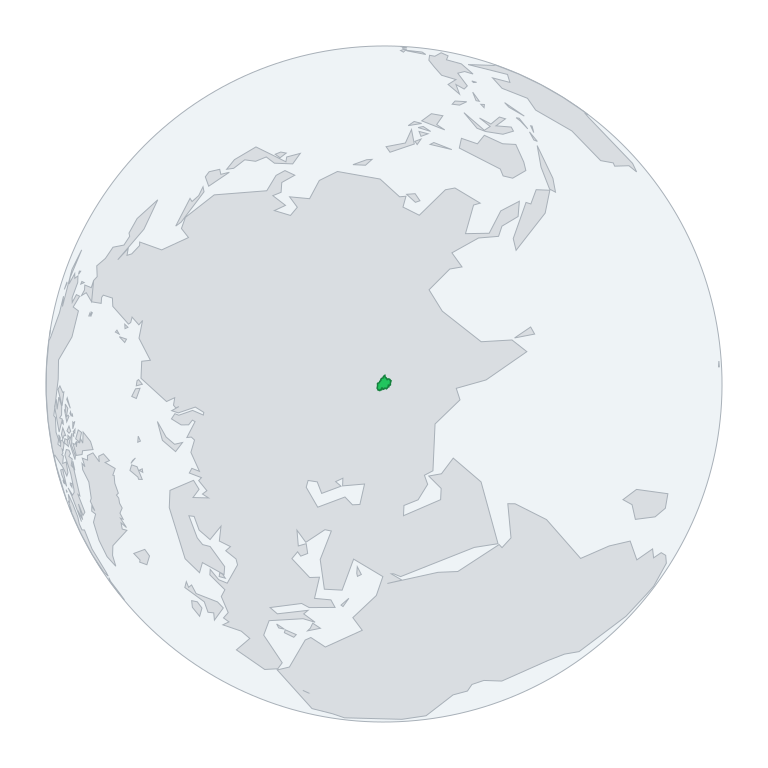 Jammu and Kashmir on an orthographic globe, rotated 263°
{"feature_id": "IND-2431", "entity_name": "Jammu and Kashmir", "entity_type": "Union Territory", "adm_level": 1, "iso_a3": "IND", "parent_name": "India", "parent_adm1": "", "projection": "orthographic", "projection_center": [75.016, 33.537], "detail": "fine", "context": "on_globe", "style": "filled", "palette": "green", "viewbox_px": 768, "rotation_deg": 263, "n_neighbors": 0, "source": "natural_earth", "source_scale": "10m", "svg_char_len": 13123}
<svg xmlns="http://www.w3.org/2000/svg" viewBox="0 0 768 768"><g transform="rotate(263 384 384)"><circle cx="384" cy="384" r="338" fill="#eef3f6" stroke="#a8b0b8"/><path d="M467.9,56.7L470.8,58.7L494.3,70.6L510.2,76.6L500.1,74.3L535.8,88.3L554.0,100.3L528.2,85.6L521.6,83.5L531.3,90.5L526.6,90.0L528.6,93.4L522.1,92.4L507.5,84.9L503.0,84.5L510.2,89.6L508.2,92.6L498.3,84.9L493.8,89.6L468.7,80.0L447.6,63.9L428.4,61.2L392.8,52.4L390.8,53.8L376.1,52.6L368.3,54.2L363.9,53.0L361.5,55.4L367.0,56.3L367.7,57.9L363.6,59.1L357.3,57.5L358.5,56.6L354.5,56.9L353.1,55.6L351.5,57.0L344.3,55.4L345.3,59.0L334.5,59.5L331.4,58.0L339.8,55.4L353.4,48.7L352.8,47.9L343.7,48.6L309.4,54.4L307.6,54.8L334.1,49.8L360.9,46.9L387.9,46.1L414.8,47.5L441.5,51.0L467.9,56.7ZM296.9,57.5L300.9,56.5L295.2,58.5L306.0,56.5L305.2,57.4L313.0,57.2L303.1,60.4L289.3,63.9L282.3,64.5L276.0,66.4L275.6,68.9L255.8,74.1L231.0,85.3L226.8,86.9L231.3,83.0L249.2,74.2L249.7,73.9L273.0,64.8L296.9,57.5ZM242.6,77.1L242.4,77.2L242.1,77.3L242.6,77.1ZM478.0,59.4L478.4,59.6L473.2,58.1L474.0,58.3L478.0,59.4ZM522.6,81.6L516.8,78.2L524.0,81.8L522.6,81.6ZM530.0,94.1L533.2,95.4L532.9,96.7L530.0,94.1ZM317.9,55.6L315.5,56.4L315.3,56.0L317.9,55.6ZM323.6,55.0L325.1,54.0L328.0,53.7L327.0,54.3L323.6,55.0ZM522.6,96.6L521.2,98.8L520.1,95.2L522.6,96.6ZM321.1,56.5L333.0,53.1L338.1,52.6L338.6,54.7L321.1,56.5ZM518.7,99.1L515.3,105.2L522.1,108.4L501.2,103.8L510.9,99.6L508.6,94.5L513.8,98.2L518.7,99.1ZM370.5,56.1L364.5,55.2L373.3,54.9L370.5,56.1ZM375.9,55.7L401.9,54.3L408.8,56.9L398.7,56.5L410.6,59.6L401.2,61.4L392.5,60.2L389.9,58.0L388.3,60.5L375.9,55.7ZM490.2,100.7L487.2,101.4L487.5,99.3L490.2,100.7ZM368.7,58.5L373.3,57.7L379.6,59.8L371.5,61.8L372.1,60.4L368.7,58.5ZM418.4,59.8L421.6,62.1L414.8,64.1L415.2,65.3L401.6,61.8L418.4,59.8ZM368.6,60.6L367.2,62.9L360.5,63.2L364.6,59.5L368.6,60.6ZM384.7,59.7L387.3,60.9L383.2,60.8L384.7,59.7ZM336.0,66.6L341.4,65.0L345.2,65.8L336.0,66.6ZM367.1,63.7L369.4,63.7L371.5,64.0L369.3,65.6L367.1,63.7ZM397.8,63.7L394.3,64.3L403.0,65.2L398.3,67.2L390.0,64.6L391.6,66.6L390.2,67.3L385.1,64.5L397.8,63.7ZM373.2,68.3L361.1,66.5L350.3,68.9L346.6,68.1L364.8,64.5L373.2,68.3ZM380.6,66.2L375.2,67.3L373.5,65.4L376.1,63.6L380.6,66.2ZM398.1,69.7L407.4,67.2L408.9,67.9L398.1,69.7ZM370.4,69.3L373.4,69.8L369.9,69.7L370.4,69.3ZM390.0,69.8L393.1,68.7L394.7,69.5L390.0,69.8ZM376.8,71.8L372.9,71.1L374.5,69.7L376.8,71.8ZM383.1,71.2L384.6,72.6L377.4,69.6L384.2,70.5L383.1,71.2ZM391.0,70.8L392.9,70.9L389.4,71.1L391.0,70.8ZM372.8,77.9L363.5,74.6L367.1,71.3L375.7,74.9L372.8,77.9ZM49.0,360.9L57.5,304.1L62.9,292.9L70.6,273.0L113.2,243.2L114.6,255.6L139.5,274.6L141.3,280.5L130.1,293.7L142.2,332.4L155.9,324.6L175.0,350.6L193.0,359.4L213.9,332.5L184.5,317.3L187.6,299.8L217.6,299.3L244.5,313.8L246.6,307.6L236.4,287.1L249.5,279.8L233.7,279.2L235.0,287.3L225.1,287.6L223.3,280.4L228.0,277.8L221.9,271.3L201.0,286.6L200.1,296.4L179.7,288.9L176.2,305.0L168.2,308.2L171.2,282.5L176.2,275.5L176.0,243.7L168.9,250.1L168.6,281.0L165.6,276.3L155.9,286.6L160.9,275.1L163.1,241.1L149.4,234.0L119.7,249.0L114.3,243.9L115.2,230.8L138.1,205.1L147.8,219.8L156.1,212.2L164.6,194.7L166.8,201.1L171.4,196.2L176.1,201.5L192.9,196.6L199.2,201.0L215.8,187.9L221.2,188.9L209.9,196.1L205.4,204.1L222.3,216.6L228.4,215.8L237.8,206.6L241.3,211.8L248.2,201.4L262.8,204.9L250.8,192.4L261.5,182.7L275.7,179.4L277.0,174.3L254.0,179.9L246.7,184.4L243.9,191.6L222.2,203.6L214.3,202.0L228.9,182.0L219.2,177.9L234.8,165.3L287.5,155.8L304.5,158.6L311.6,183.2L302.0,187.6L294.6,180.6L292.3,196.0L296.9,190.4L299.7,195.2L310.7,188.3L313.3,191.4L319.4,179.9L323.7,183.0L319.8,190.2L339.7,184.0L351.5,189.1L354.8,186.3L354.9,181.8L369.7,191.9L371.5,189.4L367.3,185.1L368.1,177.7L375.3,168.8L380.0,172.8L378.0,176.5L381.1,190.8L375.2,200.9L377.8,201.7L384.1,193.9L380.4,176.3L383.4,170.0L386.6,177.7L385.6,174.4L388.6,172.5L395.9,174.6L393.1,166.0L419.3,143.5L436.1,146.3L436.0,155.0L459.3,146.4L476.5,152.1L472.6,147.9L481.1,142.1L475.9,140.1L474.6,137.7L494.1,124.3L502.4,124.9L506.4,116.2L504.4,114.3L498.5,113.1L501.2,103.8L522.1,108.4L525.5,112.4L536.3,113.3L542.6,122.8L552.8,131.7L553.6,142.8L561.6,149.6L564.9,149.3L578.3,159.1L594.4,181.9L566.9,164.6L539.8,134.9L549.6,146.6L543.0,144.6L543.9,149.5L551.2,158.3L554.7,158.8L544.2,179.7L553.2,207.8L563.0,201.9L573.6,207.2L592.4,238.5L590.1,291.2L604.2,302.3L607.9,311.7L602.1,320.9L596.5,307.1L586.8,305.2L584.5,296.6L573.3,308.0L569.5,296.3L562.7,311.7L570.0,319.5L581.3,313.1L577.0,332.7L593.9,344.6L600.6,363.7L587.9,405.1L567.9,422.3L567.7,428.7L557.3,424.4L547.2,439.6L569.3,468.6L569.9,478.3L551.8,501.5L550.7,494.7L523.3,483.2L520.8,506.8L541.6,521.0L548.9,540.6L533.9,537.5L526.3,520.3L516.6,515.7L517.4,495.6L505.9,467.4L490.7,475.7L490.1,463.3L472.0,440.2L449.2,450.7L414.1,485.6L412.1,516.4L398.7,529.7L375.6,485.8L370.9,455.2L359.0,457.5L338.1,429.8L291.9,422.0L288.5,413.0L279.1,415.1L264.9,403.7L261.0,389.0L250.9,387.3L262.3,426.1L273.4,428.0L287.2,417.2L287.9,430.1L302.0,443.7L275.0,468.4L211.6,477.7L210.8,453.7L190.8,377.0L194.4,370.5L194.6,369.6L194.7,368.0L187.2,377.9L185.6,363.0L190.5,414.6L188.9,434.4L210.6,478.7L207.2,481.2L215.8,491.3L250.1,492.3L249.1,499.6L229.6,528.8L186.9,557.9L195.8,587.7L198.1,609.2L178.6,613.5L187.6,630.5L178.6,630.4L182.8,638.6L179.6,642.7L171.7,642.4L150.4,627.0L143.3,618.9L124.0,595.9L94.6,545.0L93.9,530.2L89.6,513.2L74.8,464.7L77.6,447.0L75.1,434.7L69.1,429.4L67.0,414.6L64.0,409.6L49.6,385.3L49.0,360.9ZM89.8,266.1L86.5,271.4L86.5,271.5L89.8,266.1ZM267.4,345.4L287.1,352.5L287.9,330.5L295.5,331.7L293.0,324.1L287.8,328.9L283.0,308.8L295.0,305.8L297.5,296.9L291.0,294.2L269.8,303.2L276.6,331.5L267.9,338.0L267.4,345.4ZM209.6,95.5L201.4,100.1L208.1,96.1L208.2,95.7L222.2,87.4L225.4,87.3L221.5,88.5L209.6,95.5ZM241.9,77.5L232.6,82.0L242.7,77.1L241.9,77.5ZM192.4,166.7L190.6,172.1L183.8,176.0L175.9,172.7L185.7,166.6L192.4,166.7ZM189.7,179.1L206.3,161.5L211.9,163.7L206.0,165.3L208.0,168.5L198.9,172.0L188.0,192.2L181.3,197.2L170.3,186.9L177.6,187.1L178.9,181.5L189.7,179.1ZM239.0,120.4L246.3,115.0L249.0,126.4L241.9,130.3L233.5,126.6L237.0,119.8L239.0,120.4ZM319.6,61.7L322.3,60.4L324.0,60.6L323.2,62.0L319.6,61.7ZM338.3,65.7L310.1,68.5L311.6,66.8L293.2,71.5L290.2,69.2L302.2,66.1L286.1,68.4L295.7,64.7L284.3,67.0L311.4,60.4L319.4,57.8L311.7,61.3L314.2,63.3L317.7,63.4L333.7,62.1L352.2,58.6L357.7,60.7L356.7,63.2L353.1,64.3L350.6,62.4L347.6,65.4L341.3,63.6L338.3,65.7ZM341.4,102.2L340.1,97.6L332.9,106.9L326.6,103.7L326.1,105.0L318.3,104.7L308.0,107.0L306.4,104.9L303.1,106.8L297.9,107.0L292.8,109.0L288.0,106.2L281.5,108.6L282.9,106.0L272.9,110.9L278.2,106.1L271.9,106.5L270.1,111.0L256.6,95.2L246.9,93.7L235.8,95.6L246.4,88.1L263.6,82.1L282.2,78.8L290.0,81.9L293.4,78.4L298.2,79.1L293.5,81.5L303.5,78.2L306.2,79.5L322.8,79.1L335.6,74.5L342.0,74.6L338.3,77.1L347.2,75.5L344.6,80.5L349.1,80.9L351.1,86.7L341.4,92.0L347.1,92.0L348.9,97.0L341.4,102.2ZM373.0,79.5L362.8,85.7L354.4,87.2L354.5,76.7L350.8,75.7L350.6,69.9L362.9,68.1L361.8,69.8L363.6,71.1L359.1,71.1L364.1,72.1L362.7,74.7L366.3,76.3L362.0,77.8L373.0,79.5ZM148.3,278.0L150.6,281.1L155.3,284.1L149.3,291.1L148.3,278.0ZM149.3,254.8L152.1,256.0L145.9,266.4L143.6,263.6L149.3,254.8ZM158.9,248.2L152.8,255.3L154.7,249.8L158.9,248.2ZM213.0,196.9L216.7,198.0L215.0,200.5L210.6,202.8L213.0,196.9ZM318.7,132.4L319.3,128.8L321.6,128.4L329.2,121.3L334.5,123.7L332.0,128.8L318.7,132.4ZM205.9,335.2L197.7,338.3L196.3,334.2L199.4,333.9L205.9,335.2ZM169.8,314.4L175.6,323.0L168.1,316.2L169.8,314.4ZM325.7,133.8L328.2,130.5L329.3,133.7L325.7,133.8ZM338.7,125.1L340.9,128.3L336.0,123.1L338.7,125.1ZM360.3,718.1L366.0,719.2L360.2,718.9L360.3,718.1ZM248.6,621.8L240.5,652.4L226.4,648.1L219.1,636.9L219.0,617.0L234.0,615.5L240.1,607.1L248.6,621.8ZM615.3,563.3L622.4,561.0L622.0,562.4L615.3,563.3ZM607.9,562.5L616.5,559.1L606.1,565.8L607.9,562.5ZM619.7,557.8L628.4,551.4L632.2,547.6L631.3,550.5L619.7,557.8ZM602.0,565.1L567.6,576.7L553.5,577.6L557.3,572.1L580.1,566.3L602.0,565.1ZM556.1,572.2L534.0,564.8L500.6,531.4L512.6,530.0L546.9,547.1L544.8,551.7L558.3,558.7L556.1,572.2ZM608.0,531.0L605.7,544.0L587.2,549.8L578.6,550.8L572.6,536.8L576.0,527.6L583.2,525.6L609.0,487.5L618.4,490.8L611.0,506.0L618.6,513.9L608.0,531.0ZM413.8,519.2L422.7,536.5L415.2,539.6L413.8,519.2ZM617.6,462.9L608.4,479.9L616.2,459.0L617.6,462.9ZM621.1,444.3L622.6,450.6L617.6,446.1L621.1,444.3ZM569.1,438.1L561.5,442.0L560.5,437.3L569.5,429.6L569.1,438.1ZM605.5,379.9L608.7,394.1L608.4,399.5L603.4,392.3L605.5,379.9ZM374.4,154.5L358.0,161.2L349.7,168.8L350.5,176.9L342.3,168.9L355.1,157.2L374.4,154.5ZM413.2,144.1L412.4,137.9L417.4,139.3L418.3,140.9L413.2,144.1ZM409.5,141.3L399.8,136.4L402.4,132.1L409.5,136.8L409.5,141.3ZM362.2,133.7L357.0,135.3L356.2,132.5L362.2,133.7ZM630.6,615.1L627.2,618.6L636.3,608.7L626.4,619.4L628.6,616.2L623.7,619.5L572.7,657.6L563.7,660.6L570.8,653.7L572.1,639.5L575.5,638.5L579.3,626.3L612.3,601.3L637.4,567.9L650.1,561.2L663.1,537.2L674.6,529.1L668.0,545.7L676.2,544.3L690.8,506.4L686.8,531.9L687.0,533.6L675.2,555.5L661.8,576.4L646.9,596.3L630.6,615.1ZM632.8,555.9L643.5,541.7L648.6,538.0L632.8,555.9ZM716.9,442.3L716.7,442.3L716.9,441.4L716.9,442.0L716.9,442.3ZM716.3,444.1L715.9,444.7L716.0,443.7L716.3,444.1ZM703.1,474.4L705.8,481.1L701.9,487.6L698.2,485.5L692.3,499.8L680.8,510.2L684.3,502.1L683.5,495.1L669.7,503.0L667.0,499.5L672.5,491.9L662.5,494.3L673.5,484.1L677.4,492.5L683.4,478.8L692.3,472.7L699.9,468.0L704.7,469.3L703.1,474.4ZM672.3,509.5L674.1,508.1L672.1,512.7L672.3,509.5ZM714.9,443.1L715.6,445.1L715.3,446.9L714.8,447.8L714.9,443.1ZM706.0,465.6L711.7,447.9L712.7,446.0L708.8,462.3L706.0,465.6ZM711.0,443.7L713.0,441.1L713.7,444.4L713.2,446.7L711.0,443.7ZM649.8,514.2L649.2,517.7L646.1,517.0L649.8,514.2ZM654.0,509.9L662.9,507.6L653.0,513.1L654.0,509.9ZM623.6,514.5L626.7,520.8L636.4,511.2L629.0,521.8L634.9,531.1L632.4,536.9L626.6,526.6L623.5,541.6L619.2,543.3L617.4,532.5L622.2,515.7L626.5,507.5L643.6,496.4L623.6,514.5ZM654.1,500.5L651.6,493.0L653.4,485.8L656.2,489.0L654.1,500.5ZM643.1,475.1L635.1,467.9L628.8,475.3L640.6,453.5L646.5,464.0L643.1,475.1ZM634.8,454.3L629.0,461.1L634.4,449.1L634.8,454.3ZM627.0,458.2L625.3,450.9L630.4,449.6L627.0,458.2ZM638.0,453.1L637.5,439.5L640.9,445.9L638.0,453.1ZM620.6,434.6L633.2,442.3L618.5,443.3L613.3,418.2L619.3,415.0L620.6,434.6ZM625.1,315.1L621.2,308.4L625.3,304.0L626.8,309.8L625.1,315.1ZM634.9,285.8L625.1,300.8L616.5,313.7L621.2,315.1L623.1,329.0L613.6,320.2L616.5,302.2L623.7,294.8L620.7,283.7L623.5,273.1L616.4,261.1L616.3,254.0L624.9,262.9L634.9,285.8ZM613.0,256.3L601.7,234.1L611.4,231.9L616.0,236.3L617.1,247.1L612.0,247.6L613.0,256.3ZM601.8,228.4L596.7,228.8L569.4,202.4L566.1,196.5L591.9,214.1L588.5,215.7L593.5,223.0L601.8,228.4ZM490.3,103.2L487.5,101.6L491.2,102.1L490.3,103.2ZM471.5,136.8L470.5,133.7L474.9,134.0L471.5,136.8ZM470.0,125.5L465.8,127.2L468.3,123.7L470.0,125.5ZM456.8,131.7L463.2,127.1L459.9,133.9L456.8,131.7Z" fill="#d9dde1" stroke="#a8b0b8" stroke-width="1"/><path d="M382.6,390.3L382.4,390.3L382.2,390.1L382.1,389.7L382.2,389.4L382.2,389.2L382.2,388.9L382.2,388.7L382.3,388.4L382.4,388.2L382.2,388.1L382.1,388.3L382.0,388.5L381.9,388.6L381.5,388.7L381.4,388.7L381.2,388.5L381.1,388.4L380.9,388.5L380.7,388.5L380.5,388.4L380.5,388.2L380.6,387.9L380.6,387.6L380.6,387.3L380.5,387.2L380.4,387.1L379.9,387.0L379.7,386.9L379.5,386.5L379.3,386.4L379.1,386.2L378.9,385.9L378.9,385.7L379.0,385.5L379.3,385.4L379.5,385.2L379.7,384.7L379.8,384.2L379.7,383.9L379.4,383.7L379.1,383.5L378.9,383.3L378.9,383.2L378.8,382.9L378.9,382.7L379.1,382.4L379.7,382.2L379.9,382.1L380.1,382.0L380.2,381.8L380.3,381.7L380.3,381.3L380.1,381.2L379.8,381.2L379.6,381.2L379.4,381.1L378.9,381.2L378.6,381.1L378.5,380.9L378.5,380.7L378.6,380.4L378.9,380.3L379.0,380.2L378.9,379.8L378.8,379.5L378.7,379.4L378.3,379.4L378.2,379.4L378.0,379.2L378.0,378.9L378.1,378.7L378.3,378.6L378.3,378.3L378.4,378.2L378.6,378.0L378.7,377.9L378.7,377.7L378.8,377.3L379.7,377.2L379.8,377.1L380.2,376.8L380.5,376.7L380.8,376.7L381.1,376.8L382.3,377.2L384.0,377.6L384.5,377.5L384.8,377.5L385.0,377.5L385.4,377.9L385.6,378.0L385.6,378.5L385.7,379.1L386.2,379.6L386.8,380.0L387.2,380.1L387.3,380.3L387.3,380.6L387.5,380.9L387.8,381.1L388.0,381.3L388.2,381.5L388.7,381.4L388.9,381.4L389.1,381.5L389.6,382.0L389.8,382.4L390.0,382.8L390.0,383.3L390.0,383.7L390.3,383.9L390.7,383.9L391.2,384.2L391.7,384.6L392.0,385.0L392.2,385.5L392.5,385.9L391.9,386.0L391.6,385.7L391.4,385.8L390.8,386.0L390.6,386.1L390.3,386.3L390.2,386.3L390.2,386.5L390.0,386.8L389.9,386.8L389.6,386.9L389.4,387.1L389.2,387.2L389.1,387.3L388.7,387.7L388.4,387.6L388.2,387.5L387.9,387.6L387.9,387.8L388.0,387.9L388.2,388.1L388.3,388.2L388.3,388.3L388.4,388.5L388.4,388.9L388.4,389.0L388.5,389.2L388.5,389.3L388.4,389.5L388.2,389.7L388.2,389.8L388.1,390.0L387.9,390.2L387.6,390.3L387.6,390.5L387.4,390.6L387.0,390.7L386.8,390.8L386.6,391.0L386.4,391.3L386.3,391.2L386.2,391.2L386.1,390.9L386.0,391.0L385.9,391.1L385.5,391.1L385.4,391.1L385.1,390.8L384.9,390.7L384.5,390.6L384.4,390.5L384.2,390.4L383.9,390.3L383.7,390.4L383.1,390.3L382.9,390.3L382.7,390.3L382.6,390.3Z" fill="#22c55e" stroke="#15803d" stroke-width="1.5"/></g></svg>